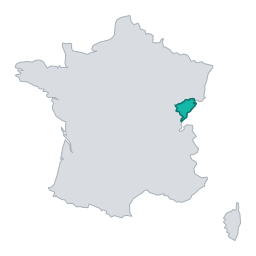 location of Doubs within France
{"feature_id": "FRA-5287", "entity_name": "Doubs", "entity_type": "Metropolitan department", "adm_level": 1, "iso_a3": "FRA", "parent_name": "France", "parent_adm1": "", "projection": "albers", "projection_center": [6.359, 47.06], "detail": "fine", "context": "in_parent", "style": "filled", "palette": "teal", "viewbox_px": 256, "rotation_deg": 0, "n_neighbors": 0, "source": "natural_earth", "source_scale": "10m", "svg_char_len": 5364}
<svg xmlns="http://www.w3.org/2000/svg" viewBox="0 0 256 256"><path d="M205.3,97.7L203.4,98.8L202.3,101.0L201.1,101.5L198.9,101.5L197.8,100.2L195.2,101.1L194.2,102.5L195.7,104.1L190.5,111.0L187.2,112.8L186.5,117.3L182.5,120.6L181.0,124.1L180.9,124.8L181.9,126.0L181.5,128.3L179.4,129.8L179.5,131.3L180.0,131.5L183.1,130.3L184.3,128.9L183.7,127.1L186.8,124.8L192.3,125.3L193.0,128.4L192.3,130.9L196.3,136.4L192.9,139.0L192.7,140.7L196.3,146.3L198.6,148.6L197.4,152.3L193.6,154.7L191.1,154.6L190.1,155.2L190.2,156.3L191.9,159.7L196.1,161.9L196.7,164.4L195.6,165.3L193.7,169.2L194.5,171.1L194.2,171.9L194.6,173.2L195.8,174.5L201.6,177.7L206.9,177.1L207.6,178.9L204.4,184.0L204.7,186.3L203.0,186.3L202.7,187.1L199.5,188.8L194.2,194.0L191.7,195.5L190.7,198.1L189.2,199.5L181.6,202.5L180.1,201.8L176.4,201.9L174.0,200.0L169.6,198.8L168.1,196.1L164.0,195.5L163.8,193.7L157.9,195.2L149.7,192.6L146.9,189.9L144.5,190.5L142.3,192.8L133.3,198.6L129.5,204.9L129.8,212.4L131.7,216.2L126.3,215.4L123.0,216.3L122.1,217.9L114.4,215.6L111.5,217.0L110.7,216.9L109.8,215.2L106.1,213.2L106.7,212.1L106.3,210.9L102.8,209.8L101.5,210.8L100.3,208.6L90.5,204.5L88.9,204.4L88.0,207.7L81.6,207.2L80.8,206.5L76.6,206.9L72.5,203.4L67.5,203.5L64.9,200.0L62.0,199.5L58.1,197.5L56.3,196.4L56.1,195.5L54.8,196.8L53.3,196.3L53.0,195.9L54.2,194.2L54.6,192.1L49.7,190.0L48.5,188.4L48.5,187.6L51.3,187.2L54.1,184.5L57.4,174.3L60.3,162.0L61.8,159.8L63.4,159.3L62.3,157.4L60.6,159.5L62.6,148.2L65.2,139.9L68.9,143.7L69.8,145.4L70.5,150.6L72.7,152.9L71.3,150.7L70.5,143.8L69.7,141.8L63.7,135.5L63.6,134.2L66.4,135.1L65.6,130.8L65.8,121.8L62.0,120.5L56.1,116.1L52.5,108.8L52.3,106.3L53.7,103.7L52.9,101.9L51.3,100.5L52.9,98.3L54.2,98.2L58.5,100.0L55.1,97.5L49.1,97.6L46.9,96.5L46.6,94.9L48.5,93.0L46.6,91.5L43.2,91.4L42.9,90.8L44.1,89.5L43.3,88.8L40.5,89.0L39.0,88.4L37.7,86.5L33.4,85.6L32.5,84.5L26.7,81.8L20.3,81.3L19.0,77.7L15.4,75.5L16.3,74.6L20.3,74.1L21.1,73.3L18.5,71.5L17.7,70.0L22.9,70.4L20.8,68.6L15.8,68.0L15.4,65.9L16.4,64.0L19.5,62.5L26.9,61.5L32.1,62.1L36.1,60.2L39.8,60.1L43.2,61.6L47.2,68.0L51.2,65.9L56.8,66.6L57.8,68.2L59.6,65.7L60.6,67.3L67.5,67.5L66.0,66.3L65.0,63.7L65.7,54.5L62.9,47.6L62.3,45.1L62.7,43.0L66.7,43.8L70.1,43.3L71.6,44.0L71.6,48.3L72.8,50.9L82.0,52.6L87.2,54.4L91.9,52.3L96.2,51.6L96.6,51.0L94.2,51.1L92.0,49.8L91.8,48.7L93.2,45.4L99.9,42.2L109.5,39.7L112.1,37.8L115.0,34.2L114.5,33.2L115.5,23.0L117.1,19.7L120.7,17.5L129.8,15.5L130.8,18.8L130.6,20.6L132.8,23.6L134.0,24.6L138.0,23.2L139.7,26.0L140.2,29.0L144.9,30.4L146.1,34.4L147.0,33.6L150.0,33.9L151.4,34.3L153.3,36.0L152.6,38.4L153.4,39.6L152.6,41.7L153.1,42.7L158.6,42.8L160.3,41.9L161.1,39.7L162.8,38.4L163.4,38.8L162.3,42.9L163.0,44.0L163.4,46.9L165.4,47.1L169.5,49.5L172.9,53.4L177.1,52.8L180.4,55.0L183.9,53.9L187.2,55.1L188.3,56.2L191.4,61.6L193.7,60.5L195.4,61.1L195.9,62.7L202.2,61.7L203.4,63.2L204.7,63.7L212.7,65.6L212.8,67.6L208.3,73.5L206.4,81.8L205.1,84.7L204.6,86.8L205.0,88.3L204.8,90.5L203.9,95.9L204.5,97.4L205.3,97.7ZM238.8,207.6L238.5,211.0L239.8,213.4L240.6,223.1L238.2,227.9L238.0,233.6L235.0,240.5L229.8,237.7L228.2,236.1L229.5,233.4L226.6,232.1L227.2,229.6L226.8,228.3L224.8,228.3L224.6,227.6L226.1,225.6L226.0,224.4L224.0,223.0L223.6,221.6L225.5,220.1L224.6,218.7L223.5,218.4L225.9,213.9L227.6,212.5L231.5,211.2L233.0,209.5L235.6,210.3L236.0,209.8L236.6,202.8L237.5,202.6L238.4,203.5L238.8,207.6ZM64.4,131.1L63.7,133.1L61.5,129.4L61.4,127.4L64.4,131.1Z" fill="#d9dde1" stroke="#a8b0b8" stroke-width="1"/><path d="M194.8,101.7L194.6,101.7L194.5,102.2L194.1,102.4L193.9,102.7L193.7,103.1L193.6,103.4L195.5,103.2L195.8,103.1L196.0,103.2L196.3,103.5L196.3,103.9L196.2,104.0L195.8,104.2L195.6,104.5L195.4,104.5L195.1,104.9L195.0,105.3L195.1,105.9L194.0,106.7L193.5,107.2L193.2,107.7L192.2,108.6L191.7,108.8L191.8,109.2L191.5,109.3L191.4,109.5L191.0,109.6L190.9,109.8L190.7,110.2L190.9,110.6L190.5,111.1L189.5,111.9L187.8,112.5L187.0,112.9L186.8,113.7L186.8,113.9L187.0,114.3L187.1,114.6L187.1,114.9L187.0,115.1L186.9,115.3L186.6,116.1L186.6,116.3L186.8,116.6L186.8,117.0L186.6,117.4L186.4,117.5L185.9,117.8L185.5,118.3L185.3,118.4L184.2,119.0L182.1,121.0L181.8,121.3L181.9,121.6L182.2,121.9L181.8,121.7L181.3,121.3L180.9,120.9L180.8,120.5L180.9,120.3L181.0,120.1L181.5,119.7L181.3,119.1L181.3,118.8L181.4,118.6L183.0,117.4L183.3,117.0L181.3,115.2L181.1,115.1L180.7,115.1L180.4,114.9L180.0,114.3L179.9,114.0L179.8,113.1L179.7,112.8L179.6,112.4L179.4,112.2L179.2,112.0L178.7,111.7L177.4,111.4L177.1,111.0L176.9,110.9L176.7,110.9L176.4,111.2L176.3,111.3L176.2,111.2L176.0,110.8L176.1,110.6L176.4,110.4L176.5,110.2L176.5,109.7L176.6,109.3L176.9,109.1L177.0,108.9L177.0,108.7L177.1,108.3L177.1,108.1L176.6,107.2L175.7,106.5L175.6,106.4L175.4,105.7L175.3,105.4L175.8,105.5L178.9,103.7L179.1,103.6L179.7,103.8L180.0,103.8L181.2,103.4L181.4,103.2L181.8,102.6L182.0,102.5L182.5,102.5L182.8,102.4L182.9,102.2L183.0,101.9L183.2,101.7L183.3,101.6L183.5,101.6L183.9,101.7L184.1,101.7L184.4,101.4L184.9,100.2L185.1,100.0L185.3,99.9L186.7,99.6L187.0,99.7L187.1,99.8L187.4,100.1L187.5,100.1L187.8,99.9L188.7,100.3L188.9,100.0L189.2,99.4L189.4,99.1L189.5,99.1L189.8,99.3L190.0,99.3L190.1,99.2L190.5,98.9L191.1,98.7L192.2,99.0L192.7,98.6L192.9,98.9L193.3,98.9L193.7,98.8L194.0,98.8L194.3,99.0L194.5,99.5L194.3,100.1L194.4,100.3L194.7,101.2L194.8,101.7Z" fill="#14b8a6" stroke="#0f766e" stroke-width="1.5"/></svg>